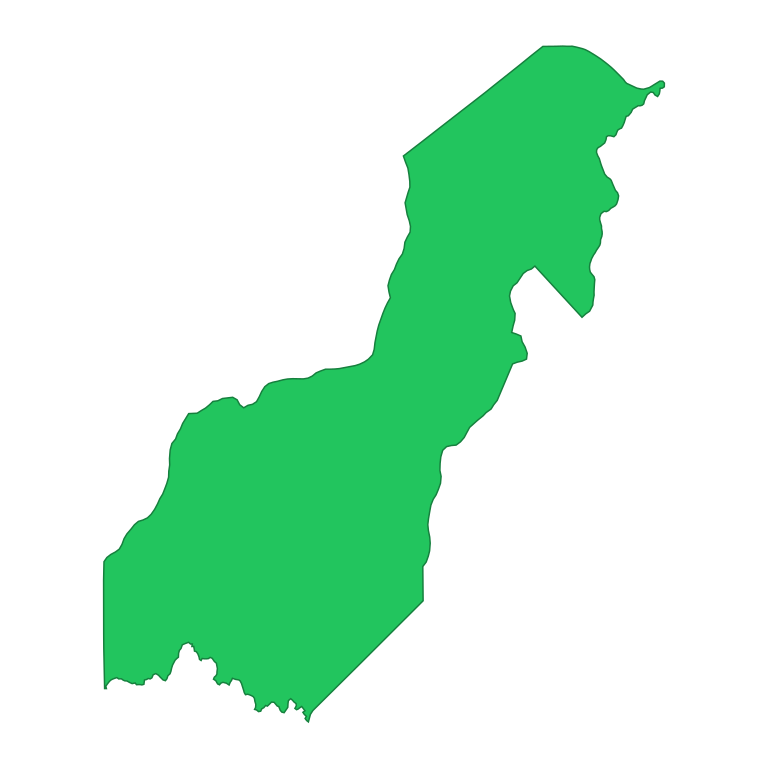 the district of Manaquiri, Amazonas, Brazil
{"feature_id": "56859067B81028686710447", "entity_name": "Manaquiri", "entity_type": "district", "adm_level": 2, "iso_a3": "BRA", "parent_name": "Brazil", "parent_adm1": "Amazonas", "projection": "equal_earth", "projection_center": [-60.676, -3.744], "detail": "fine", "context": "isolated", "style": "filled", "palette": "green", "viewbox_px": 768, "rotation_deg": 0, "n_neighbors": 0, "source": "geoboundaries", "source_scale": "gbopen_adm2", "svg_char_len": 5400}
<svg xmlns="http://www.w3.org/2000/svg" viewBox="0 0 768 768"><path d="M308.4,721.9L310.4,714.4L312.9,710.5L360.8,663.0L423.1,600.8L422.8,566.5L426.2,562.0L428.3,556.1L429.6,550.9L430.2,543.2L429.7,537.0L428.4,530.6L427.8,524.6L428.5,518.7L429.7,511.6L430.9,505.1L433.2,499.3L436.1,494.8L438.4,489.3L440.5,483.3L441.1,476.4L439.9,470.4L440.1,463.5L440.8,456.9L442.7,450.3L446.6,446.6L451.4,445.5L456.1,445.1L460.5,441.8L464.2,437.5L466.9,432.4L469.6,427.4L477.4,420.4L483.1,415.8L486.1,412.6L491.1,409.0L493.7,404.8L497.2,400.4L512.6,363.9L517.2,362.2L522.1,361.1L526.5,359.1L527.2,353.3L525.1,347.1L522.1,341.7L520.9,336.0L516.2,334.0L511.7,332.5L513.1,325.9L514.7,320.2L515.1,313.4L513.6,310.3L512.8,308.3L510.7,302.5L509.5,296.0L510.5,291.1L513.2,285.8L517.0,282.8L523.2,273.5L527.2,270.5L531.4,269.0L534.9,266.1L582.0,317.3L585.7,313.9L589.6,311.2L592.8,305.1L593.0,301.9L593.5,298.5L594.1,295.3L594.0,291.9L594.2,287.8L594.5,282.9L594.8,279.7L594.0,276.7L591.9,274.2L590.3,272.1L589.7,269.6L589.5,267.0L589.9,263.6L590.9,260.9L591.6,258.7L593.6,254.9L595.1,252.8L596.5,250.2L598.3,247.6L599.8,245.2L600.4,243.1L600.6,239.6L601.8,236.4L602.2,233.9L602.1,231.5L601.5,228.4L601.5,226.0L600.6,223.1L599.7,219.8L599.7,217.3L601.0,213.7L604.0,211.3L606.4,211.6L608.7,210.5L610.8,208.3L613.5,206.8L615.3,205.6L616.6,203.9L618.0,199.7L618.6,195.9L617.5,192.7L615.4,190.3L612.8,184.3L611.2,180.3L609.9,178.8L607.2,177.1L604.7,174.1L603.1,169.9L601.7,166.3L600.9,164.0L599.3,158.6L597.8,155.9L596.5,152.4L596.7,149.6L598.1,147.6L600.5,146.3L604.7,142.9L606.0,139.7L606.5,136.7L608.2,135.7L610.6,135.8L613.9,136.7L615.9,134.8L616.9,132.1L617.7,130.2L619.6,128.9L621.5,128.1L622.8,125.8L624.2,122.6L625.2,119.3L626.1,116.4L628.4,115.7L631.2,112.3L632.6,109.2L634.6,107.9L636.3,106.9L638.2,105.7L640.0,105.8L642.0,105.3L643.7,103.9L644.5,100.6L645.9,97.7L647.2,94.8L650.7,92.0L653.3,92.5L655.0,95.0L657.6,96.5L659.3,93.9L659.8,91.2L660.1,88.3L662.5,88.1L664.3,86.8L664.4,83.1L662.7,81.2L659.9,81.1L654.2,84.6L652.0,86.0L649.3,87.6L643.7,89.2L641.0,89.0L636.8,88.1L628.7,84.3L626.7,83.4L625.2,81.9L623.6,79.6L620.2,76.1L616.9,72.8L614.1,70.0L611.3,67.4L607.6,64.3L600.9,59.1L595.6,55.6L588.9,51.5L585.4,49.7L582.6,48.7L576.4,47.1L572.1,46.2L570.0,46.3L567.3,46.3L562.8,46.1L555.7,46.3L546.2,46.4L542.9,46.4L537.6,50.6L532.4,54.7L519.1,65.5L495.2,84.5L492.7,86.5L485.1,92.6L467.6,106.2L461.4,111.0L420.4,142.9L403.4,156.0L405.6,162.3L407.9,168.1L409.0,174.7L409.8,181.5L409.9,187.2L408.1,192.5L405.1,202.8L407.2,214.6L409.3,220.8L410.5,226.4L410.1,232.2L407.3,237.1L404.9,242.2L404.1,248.5L402.4,254.0L399.0,258.8L396.5,264.0L394.4,269.6L391.4,274.5L389.5,279.9L388.0,285.7L389.0,292.0L390.4,297.8L387.6,302.7L385.2,307.7L382.9,313.4L378.8,325.0L377.2,331.1L376.5,334.7L375.0,342.5L374.2,349.4L372.6,354.8L368.4,359.2L364.5,361.9L359.6,364.2L355.2,365.6L349.9,366.6L339.3,368.6L335.0,369.0L330.0,369.2L325.5,369.2L320.3,371.1L316.1,372.9L312.2,376.1L308.1,378.1L303.3,378.9L292.8,378.7L287.6,379.0L283.0,379.8L277.4,381.3L273.0,382.2L268.7,383.6L264.8,386.7L261.7,391.5L259.2,396.9L256.5,401.7L252.5,404.3L248.0,405.3L243.7,407.8L239.7,404.7L237.1,399.8L232.7,397.3L227.7,397.9L222.5,398.5L217.8,400.8L213.0,401.4L209.5,404.8L205.5,408.1L201.4,410.5L197.2,413.2L188.7,413.6L182.7,423.4L180.4,429.0L177.5,433.8L175.6,439.0L171.9,443.5L170.2,449.9L169.5,458.5L169.7,465.0L168.8,471.2L168.6,477.2L166.8,483.5L164.8,488.8L162.7,494.1L159.9,498.6L157.5,504.0L154.6,509.4L151.1,514.4L147.4,517.9L143.0,520.0L138.4,521.4L134.5,524.7L130.8,529.4L127.0,533.8L124.1,538.6L122.0,544.4L119.3,549.1L115.4,552.0L110.9,554.4L106.9,557.5L104.0,561.7L103.6,580.1L103.7,634.4L103.8,648.0L104.6,688.6L106.4,688.6L105.8,686.3L107.2,684.2L109.4,681.4L110.8,680.1L112.4,679.2L114.7,678.3L116.9,677.6L118.7,678.9L121.4,678.8L123.0,680.0L124.7,680.8L127.0,681.0L129.5,682.4L132.1,683.6L135.2,683.0L136.5,684.7L138.2,684.6L140.2,684.6L141.9,684.9L143.9,684.3L144.5,679.9L146.6,679.5L148.1,678.5L150.2,678.9L151.9,677.8L153.2,674.7L155.9,673.6L158.6,675.3L159.9,676.8L161.3,678.2L163.0,679.9L165.4,680.7L166.9,678.8L167.9,675.7L170.0,673.8L170.9,671.4L171.6,668.2L172.6,665.0L173.6,663.1L175.1,660.2L176.9,658.4L178.4,657.2L178.6,653.2L179.4,650.4L181.0,648.5L182.3,644.8L185.3,643.5L188.6,642.3L190.5,644.0L192.3,644.0L191.9,646.5L193.7,646.4L194.2,649.0L194.5,651.1L196.4,651.7L197.9,654.0L199.0,656.9L199.5,659.4L201.1,660.5L202.1,658.5L204.4,658.8L206.5,658.8L208.4,658.6L210.1,657.4L212.2,658.3L214.4,661.5L216.4,663.2L216.8,665.5L217.4,668.5L217.0,671.7L216.9,674.1L215.9,675.8L214.3,677.2L213.5,679.2L215.8,680.7L217.6,683.9L219.5,684.8L220.8,683.2L222.9,682.3L226.4,683.2L229.1,685.0L230.3,682.1L231.5,680.5L232.4,678.3L235.6,679.4L238.8,679.9L240.2,681.0L241.5,683.5L243.7,690.5L244.3,692.7L245.5,694.7L247.5,694.2L249.2,694.7L251.4,695.6L253.2,696.6L254.4,698.3L254.9,701.3L255.8,704.4L255.6,707.4L254.6,709.4L256.5,709.9L258.5,711.6L260.7,711.2L261.7,708.9L263.9,707.6L265.6,705.5L267.4,706.1L269.5,704.1L271.5,702.1L274.1,702.3L275.8,704.3L277.2,706.0L278.8,706.6L280.3,710.4L281.8,712.1L284.1,712.7L286.2,709.7L287.8,707.3L288.0,703.5L288.4,700.6L290.7,698.7L292.6,700.3L293.9,701.9L296.1,703.6L296.3,705.9L294.9,708.4L296.6,709.7L298.2,709.0L299.7,707.8L301.7,706.5L303.1,708.3L305.0,710.8L302.9,712.3L304.3,714.4L306.4,716.4L305.1,718.5L306.7,720.6L308.4,721.9Z" fill="#22c55e" stroke="#15803d" stroke-width="1.5"/></svg>